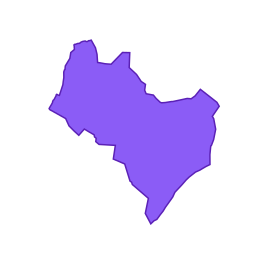 outline of Gbonyin, Ekiti, Nigeria, rotated 31°
{"feature_id": "59680162B53652676960042", "entity_name": "Gbonyin", "entity_type": "district", "adm_level": 2, "iso_a3": "NGA", "parent_name": "Nigeria", "parent_adm1": "Ekiti", "projection": "albers", "projection_center": [5.452, 7.587], "detail": "fine", "context": "isolated", "style": "filled", "palette": "violet", "viewbox_px": 256, "rotation_deg": 31, "n_neighbors": 0, "source": "geoboundaries", "source_scale": "gbopen_adm2", "svg_char_len": 1823}
<svg xmlns="http://www.w3.org/2000/svg" viewBox="0 0 256 256"><g transform="rotate(31 128 128)"><path d="M90.7,62.5L84.4,66.1L80.7,82.0L76.8,84.0L75.1,84.8L70.8,86.4L68.2,87.5L66.5,85.1L63.5,80.8L58.8,76.0L51.2,71.6L50.9,71.9L50.5,72.6L50.1,72.9L49.6,73.2L49.3,73.4L49.0,74.0L48.8,74.6L48.4,75.0L48.1,75.2L47.5,75.5L46.8,75.4L46.1,75.8L45.3,76.5L44.7,77.0L44.0,77.9L43.5,78.6L43.0,79.8L43.0,80.2L42.4,80.8L41.6,81.2L41.0,81.9L40.3,82.8L40.0,83.3L39.4,83.5L38.9,84.4L38.9,84.6L39.4,85.3L39.8,85.6L40.4,86.6L41.2,87.7L41.6,88.3L40.1,92.8L42.3,98.3L42.3,107.1L43.9,110.4L43.6,110.9L44.1,113.1L47.0,117.8L48.5,121.4L49.9,124.5L52.4,135.4L51.4,135.7L50.8,135.8L50.2,135.7L49.5,135.9L49.4,136.8L49.7,137.4L49.8,137.9L49.8,138.7L49.9,140.9L50.0,141.8L49.8,142.2L49.6,142.8L49.7,143.6L49.7,144.0L50.0,144.5L50.2,145.2L50.3,147.2L50.3,148.7L50.3,149.7L50.3,150.9L50.4,152.0L51.3,152.5L52.8,152.6L53.4,152.4L53.9,152.5L54.6,152.4L57.3,152.4L57.9,152.3L59.4,152.3L69.7,152.0L76.4,156.6L83.6,158.4L89.6,159.6L91.1,151.4L97.0,151.4L102.5,151.3L103.9,152.9L106.0,153.2L107.4,156.3L111.6,157.0L126.1,149.4L131.4,162.2L143.7,160.5L157.1,172.5L159.0,172.6L160.8,174.2L181.7,177.8L186.8,192.3L196.9,198.4L198.1,194.1L199.8,191.5L200.3,185.8L200.9,181.2L200.9,176.7L201.4,170.4L201.9,164.1L201.3,159.0L201.9,156.2L203.5,148.8L204.6,142.6L205.7,138.5L206.6,136.2L206.8,135.6L207.1,134.9L208.5,131.1L211.3,127.1L212.5,124.8L214.7,120.8L216.9,117.4L217.1,117.1L211.9,108.6L208.2,100.8L208.5,100.1L207.4,93.9L203.8,83.9L196.7,75.9L194.3,74.6L195.0,62.4L191.0,60.2L181.6,59.0L170.1,57.6L169.0,65.9L167.1,70.4L163.5,72.2L158.2,77.2L152.8,82.2L151.7,82.9L146.8,87.0L143.8,89.1L142.5,89.4L136.9,88.2L132.8,86.7L125.9,89.3L122.8,87.0L120.5,81.6L115.3,81.3L107.7,77.7L97.9,75.6L90.7,62.5Z" fill="#8b5cf6" stroke="#5b21b6" stroke-width="1.5"/></g></svg>